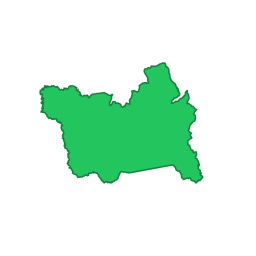 Páez, Cauca, Colombia, rotated 137°
{"feature_id": "7082276B49685507148696", "entity_name": "Páez", "entity_type": "district", "adm_level": 2, "iso_a3": "COL", "parent_name": "Colombia", "parent_adm1": "Cauca", "projection": "albers", "projection_center": [-75.976, 2.736], "detail": "fine", "context": "isolated", "style": "filled", "palette": "green", "viewbox_px": 256, "rotation_deg": 137, "n_neighbors": 0, "source": "geoboundaries", "source_scale": "gbopen_adm2", "svg_char_len": 5918}
<svg xmlns="http://www.w3.org/2000/svg" viewBox="0 0 256 256"><g transform="rotate(137 128 128)"><path d="M181.7,113.7L182.2,113.0L182.5,110.8L182.4,109.5L183.2,107.7L182.6,107.4L182.6,106.9L183.0,104.6L182.7,104.1L182.0,104.2L181.4,103.8L180.7,103.9L179.7,102.8L180.1,102.4L180.0,101.7L178.9,101.3L178.4,100.0L177.8,99.8L177.4,99.2L176.9,99.2L176.8,99.5L175.9,99.0L175.6,99.1L174.1,98.4L173.0,98.7L171.8,97.9L169.3,98.2L166.8,99.7L166.1,100.1L165.5,100.0L165.2,100.4L163.8,100.7L162.3,100.5L161.8,100.0L161.4,98.8L160.6,98.5L158.9,95.6L158.2,95.3L157.8,94.4L120.2,70.4L120.3,66.4L120.7,66.0L121.3,64.8L121.0,62.6L120.1,61.6L120.2,59.8L120.9,57.2L122.6,55.1L122.2,53.7L122.5,52.6L122.0,52.2L118.8,51.0L118.3,49.9L116.7,49.2L116.6,48.5L117.2,47.5L117.3,46.6L117.0,45.5L115.8,44.5L115.9,43.4L115.5,42.5L115.9,41.9L115.7,41.5L115.1,41.3L113.6,41.7L112.6,41.2L112.0,41.8L111.3,40.7L110.1,40.5L109.0,40.9L107.5,40.9L106.9,41.1L106.5,42.0L107.0,44.6L106.5,45.3L105.8,44.8L105.3,44.9L105.4,46.6L104.2,47.5L104.3,50.5L103.1,51.3L102.6,52.8L101.9,52.9L101.5,52.1L100.6,52.8L100.5,53.6L99.3,55.7L99.1,57.6L98.6,58.4L99.1,59.6L98.4,61.0L97.6,61.0L95.8,61.9L94.4,63.9L95.6,64.9L96.7,65.2L97.0,65.6L95.8,67.5L96.2,68.2L96.8,68.4L96.7,69.5L95.8,71.1L95.5,72.7L94.7,73.2L95.4,74.5L95.4,75.5L94.6,75.9L93.8,77.2L92.9,77.8L89.6,77.7L88.6,77.3L88.0,77.4L87.4,80.4L85.2,81.0L85.6,82.2L85.7,84.3L85.4,85.1L83.6,85.7L83.3,86.1L81.9,86.9L80.8,87.9L77.6,88.0L76.5,88.3L74.9,87.7L74.1,87.8L72.1,89.1L70.5,90.9L70.2,91.9L70.5,92.9L70.4,93.4L68.4,94.3L65.3,94.7L66.0,96.5L65.6,99.2L66.6,100.3L66.3,101.2L66.9,103.5L66.7,104.2L67.1,104.9L67.8,105.1L67.8,105.8L66.3,106.9L63.0,108.1L61.0,111.4L60.7,113.9L59.4,114.4L59.2,114.9L59.5,115.1L61.2,114.9L62.1,114.5L64.0,112.9L65.0,113.3L65.6,112.9L66.9,113.2L67.7,112.9L70.0,113.7L71.7,113.7L72.9,113.3L74.0,113.9L74.6,114.7L78.6,115.6L79.3,116.5L77.5,117.7L77.1,118.3L76.6,118.4L75.8,117.9L74.1,118.3L72.6,117.8L71.7,117.0L70.0,117.3L68.8,116.7L67.6,117.0L66.4,118.5L66.1,120.9L65.6,121.0L65.8,121.6L65.1,121.8L64.7,122.6L65.1,123.5L64.8,123.5L64.5,124.5L64.7,125.7L63.8,126.8L63.7,127.9L63.3,128.6L63.7,129.4L63.9,132.8L63.6,134.5L62.5,136.8L60.8,138.9L60.3,140.8L58.7,142.3L57.9,144.0L57.7,145.3L58.2,147.2L56.7,149.7L57.3,150.9L58.1,151.8L59.4,152.1L61.1,153.1L62.4,153.2L65.5,154.1L68.8,157.4L70.1,156.7L70.9,156.6L72.0,158.3L73.7,158.4L75.5,159.6L77.1,158.9L78.1,157.3L79.3,151.3L80.0,150.3L81.2,149.4L82.1,147.1L82.9,147.2L83.7,147.7L83.7,148.5L84.6,149.6L85.8,150.1L86.3,150.7L90.5,151.2L91.0,151.2L91.8,149.9L93.4,148.8L95.1,147.8L96.4,147.7L98.0,150.9L99.7,152.4L100.3,152.0L101.6,149.9L104.4,148.3L104.8,147.8L107.3,147.6L108.4,147.0L109.0,145.6L110.5,144.2L112.2,147.3L113.7,146.9L115.4,145.8L115.8,146.6L116.2,146.4L116.9,146.8L117.7,146.8L118.1,148.8L117.4,149.9L117.4,151.0L118.1,152.1L118.2,153.0L119.9,154.3L120.0,155.2L119.6,155.8L119.6,156.3L121.0,157.4L122.5,157.1L123.7,156.3L124.6,156.3L125.0,156.7L125.7,156.8L125.1,158.1L123.8,159.0L123.7,159.5L122.7,159.5L119.6,161.0L118.3,162.5L116.7,162.7L116.5,163.1L116.8,163.5L118.2,163.5L118.9,164.0L119.9,165.6L120.0,166.6L121.3,170.1L125.4,172.8L127.1,174.4L128.3,174.9L131.3,177.1L133.8,177.2L135.1,176.7L135.8,176.8L136.2,177.4L135.4,178.7L135.5,179.9L137.1,180.4L137.8,181.8L139.4,181.9L140.1,183.2L139.9,184.6L140.7,185.4L139.1,185.7L139.0,187.4L139.4,189.5L138.7,190.0L139.7,190.2L139.9,190.9L138.1,192.5L138.7,193.4L138.5,194.5L139.3,195.4L140.1,197.2L141.2,197.3L141.5,198.1L143.0,198.4L144.8,197.8L146.0,197.8L146.0,198.9L147.6,200.6L148.2,199.6L148.7,200.2L149.7,199.8L150.3,201.6L151.6,201.8L152.0,202.6L151.5,203.8L151.5,206.6L153.0,207.1L153.6,209.6L154.5,209.8L154.9,210.8L155.8,210.4L156.2,210.7L156.7,211.5L158.1,212.4L158.0,213.3L159.7,213.0L159.6,213.6L158.8,213.8L159.0,214.1L160.1,214.2L159.7,214.8L159.9,215.5L160.2,215.5L160.3,215.0L160.9,214.4L161.8,214.9L162.2,214.3L164.1,213.7L164.3,213.9L163.6,214.9L163.7,215.3L165.6,214.8L166.5,215.3L168.8,213.1L168.9,211.8L167.8,211.6L167.6,211.3L167.8,210.8L170.2,209.1L170.1,208.6L169.5,207.8L169.6,207.2L170.3,207.0L170.1,208.0L170.5,208.4L171.6,208.3L171.9,207.9L170.8,206.9L170.9,206.2L171.8,205.7L172.9,206.0L173.5,205.7L174.1,205.8L174.4,205.5L174.3,204.5L173.2,205.1L172.6,205.0L172.3,204.4L172.6,203.9L173.4,203.3L175.2,202.6L175.6,201.8L176.4,201.8L176.6,201.3L176.3,200.5L176.6,200.1L177.2,200.1L177.2,201.1L177.6,201.2L178.1,199.2L178.9,199.0L179.1,199.4L179.5,199.5L180.6,199.1L179.3,197.2L178.5,196.7L178.2,196.0L178.5,194.9L178.4,193.3L179.3,191.1L179.0,190.2L179.2,188.9L178.5,188.8L178.0,188.4L177.8,187.5L177.4,187.0L177.7,186.4L176.9,185.6L176.3,185.5L176.1,184.8L174.7,184.0L174.1,183.0L175.1,182.0L175.1,181.0L174.9,180.7L175.2,179.9L175.1,179.6L174.5,179.5L174.4,178.6L174.0,178.8L173.4,178.1L173.4,177.7L173.9,177.2L173.8,176.5L174.0,175.6L174.3,175.2L174.7,175.2L174.5,174.6L175.4,174.6L176.3,174.1L177.0,173.3L177.2,172.2L177.8,171.6L177.3,171.1L177.4,170.1L177.9,169.7L177.8,168.8L179.1,167.9L179.1,167.5L180.3,167.7L181.8,166.3L182.1,165.0L182.8,164.9L182.3,164.2L183.8,162.3L183.7,161.8L184.4,160.6L184.4,159.8L185.2,159.7L185.4,159.2L186.1,158.9L185.4,158.3L187.1,157.8L187.1,156.7L187.7,156.4L187.0,154.9L187.2,153.1L187.5,152.6L187.1,152.0L187.8,151.6L187.7,149.9L188.7,149.7L189.4,150.1L190.1,149.5L190.9,148.2L191.8,147.5L191.8,146.2L192.6,144.6L193.8,144.7L194.5,144.4L195.1,143.7L196.4,143.6L196.9,141.3L196.5,140.4L196.7,139.4L197.2,138.6L198.0,138.8L197.6,137.9L197.1,137.6L197.3,136.6L197.8,135.9L197.5,134.7L198.1,134.3L198.3,133.3L199.1,133.1L199.3,132.7L198.6,130.5L197.9,129.6L197.5,128.0L198.0,127.4L198.3,126.2L194.7,123.4L194.0,123.5L192.6,122.7L191.1,122.9L190.5,121.7L190.5,121.1L189.4,120.4L189.0,120.4L188.5,121.2L187.5,121.7L187.0,120.8L186.4,120.8L185.2,119.8L184.2,119.7L183.8,118.8L183.2,119.2L182.8,118.0L182.3,117.6L181.9,116.4L181.3,115.9L181.7,113.7Z" fill="#22c55e" stroke="#15803d" stroke-width="1.5"/></g></svg>